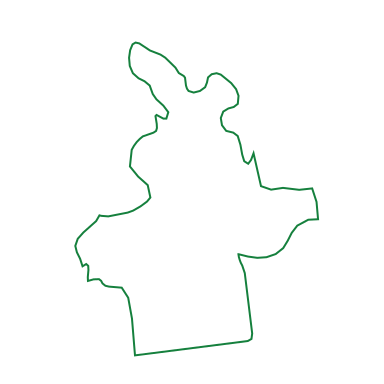 SVG path tracing the border of Zamboanga del Sur, rotated 173°
{"feature_id": "PHL-2522", "entity_name": "Zamboanga del Sur", "entity_type": "Province", "adm_level": 1, "iso_a3": "PHL", "parent_name": "Philippines", "parent_adm1": "", "projection": "natural_earth1", "projection_center": [123.35, 7.8], "detail": "fine", "context": "isolated", "style": "outline", "palette": "green", "viewbox_px": 384, "rotation_deg": 173, "n_neighbors": 0, "source": "natural_earth", "source_scale": "10m", "svg_char_len": 1664}
<svg xmlns="http://www.w3.org/2000/svg" viewBox="0 0 384 384"><g transform="rotate(173 192 192)"><path d="M306.1,116.4L306.1,116.5L305.8,120.2L304.3,127.2L304.0,131.3L304.4,131.8L305.8,133.4L309.7,131.6L311.2,139.4L313.6,146.2L314.4,152.7L311.1,159.5L304.7,165.1L290.7,174.8L286.7,180.1L285.0,179.4L278.1,178.0L258.3,179.4L252.7,180.7L244.9,184.0L237.8,188.0L234.0,191.6L235.1,204.2L243.6,213.9L250.5,224.9L246.7,241.2L244.0,244.9L240.8,248.3L237.3,251.1L234.0,253.2L223.0,255.6L220.2,257.0L219.0,259.8L218.7,263.9L219.0,271.8L217.8,272.8L211.4,268.3L208.5,268.0L205.8,274.1L209.9,281.2L216.0,288.3L219.0,294.0L221.0,302.8L225.6,307.7L231.2,311.4L236.2,317.1L238.4,324.7L238.1,332.9L236.1,340.3L233.0,345.8L229.8,347.2L226.2,345.9L216.5,337.6L206.5,332.2L202.2,328.6L193.3,317.5L190.6,311.7L186.0,308.1L185.0,306.3L185.0,298.4L184.4,295.2L183.1,292.7L178.2,290.5L171.8,291.3L166.2,294.4L163.8,298.8L162.1,303.8L158.1,306.5L153.1,306.9L149.1,305.0L139.8,295.3L135.7,288.7L134.1,281.8L135.8,273.9L140.2,271.3L145.7,270.5L151.2,268.0L154.4,261.9L154.1,254.6L150.6,248.5L143.8,245.9L139.8,242.0L138.2,233.0L137.6,223.0L136.4,216.2L132.8,213.2L129.5,216.6L126.2,222.9L122.8,189.4L113.2,184.7L101.2,185.0L85.3,181.1L72.3,180.9L69.6,167.0L70.2,149.6L80.0,150.3L91.6,145.8L98.0,139.3L102.9,132.0L108.3,125.2L116.5,120.2L126.0,118.2L135.2,118.7L144.3,121.1L153.4,124.6L153.5,124.6L153.4,121.7L152.9,118.7L152.2,115.8L151.1,112.9L149.5,105.1L149.5,44.2L150.9,38.9L154.8,37.3L268.4,36.8L268.5,36.8L267.0,73.6L268.2,94.8L273.4,105.6L285.9,108.2L289.4,109.5L292.0,112.2L293.0,114.9L294.9,116.8L300.3,117.3L306.1,116.4Z" fill="none" stroke="#15803d" stroke-width="2"/></g></svg>